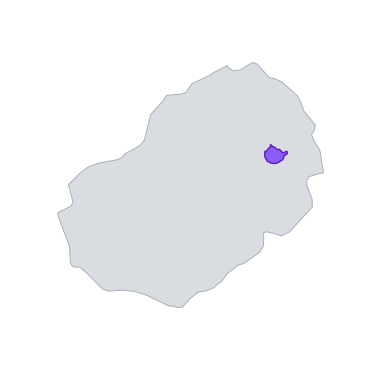 Zajas highlighted on a map of North Macedonia, rotated 156°
{"feature_id": "MKD-2950", "entity_name": "Zajas", "entity_type": "Statistical Region", "adm_level": 1, "iso_a3": "MKD", "parent_name": "North Macedonia", "parent_adm1": "", "projection": "robinson", "projection_center": [20.899, 41.593], "detail": "fine", "context": "in_parent", "style": "filled", "palette": "violet", "viewbox_px": 384, "rotation_deg": 156, "n_neighbors": 0, "source": "natural_earth", "source_scale": "10m", "svg_char_len": 1740}
<svg xmlns="http://www.w3.org/2000/svg" viewBox="0 0 384 384"><g transform="rotate(156 192 192)"><path d="M173.8,105.7L179.9,106.4L193.1,103.0L201.3,98.2L205.5,97.5L211.0,95.7L219.0,95.9L227.2,98.0L237.5,95.3L247.6,90.8L251.7,92.0L256.1,95.7L259.0,96.8L276.0,116.7L285.2,124.8L296.2,130.9L308.6,135.4L313.1,139.7L321.2,161.0L325.1,169.1L330.4,171.5L331.7,173.8L331.9,176.9L326.1,191.8L324.0,225.3L322.6,227.9L316.3,227.8L308.1,228.5L304.9,231.1L301.8,249.1L288.5,254.2L276.5,257.1L266.3,256.5L248.3,252.2L242.5,251.7L237.5,254.2L221.5,255.5L214.5,258.6L198.2,279.7L181.5,286.9L175.8,290.6L163.0,286.0L156.9,285.5L148.1,290.9L128.7,291.4L123.5,292.3L108.6,293.2L108.0,290.3L105.2,286.0L98.3,284.0L84.0,285.7L80.6,282.6L74.7,264.8L70.2,261.9L65.1,255.9L56.4,236.5L56.2,227.9L56.9,220.5L52.1,203.1L55.1,198.7L59.5,195.9L59.6,188.9L58.3,178.3L63.6,157.3L65.0,155.8L66.4,156.8L79.1,158.5L82.4,155.8L84.5,151.7L85.2,136.4L88.2,129.4L119.0,115.9L128.0,115.4L134.9,121.6L140.4,125.5L143.7,125.4L144.9,121.4L148.6,113.8L154.9,109.4L173.6,105.7L173.8,105.7Z" fill="#d9dde1" stroke="#a8b0b8" stroke-width="1"/><path d="M110.8,189.3L110.6,190.4L111.0,191.8L111.0,193.9L110.9,195.4L110.1,196.8L109.6,198.3L109.0,198.7L108.9,199.3L108.4,199.1L107.8,199.1L106.6,199.4L105.8,200.0L104.9,200.4L103.5,201.0L101.7,201.3L101.2,202.4L101.2,203.1L100.8,203.0L100.5,202.3L99.9,200.8L98.3,199.1L97.5,197.4L96.7,195.8L94.9,195.5L94.2,193.8L93.7,192.1L92.9,190.8L91.6,190.6L91.2,190.5L89.7,190.9L88.8,190.2L88.7,189.3L89.9,188.0L92.4,187.9L93.3,187.3L95.2,185.2L96.4,184.5L97.5,184.5L98.9,184.5L99.5,184.0L101.2,183.9L102.4,183.8L104.7,184.4L106.4,185.2L108.0,186.3L109.0,187.5L109.8,188.4L110.8,189.3Z" fill="#8b5cf6" stroke="#5b21b6" stroke-width="1.5"/></g></svg>